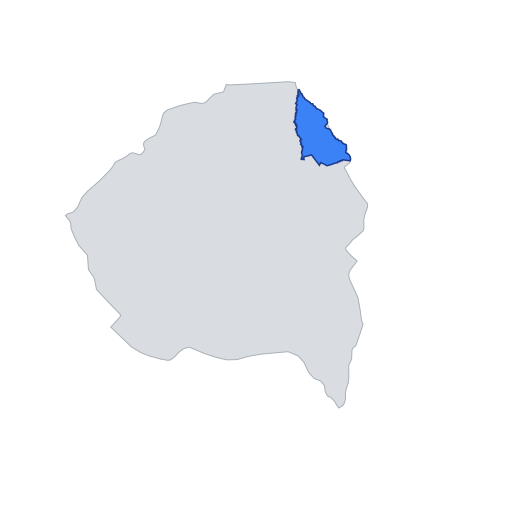 Beitbridge, Matabeleland South, Zimbabwe shown in context, rotated 224°
{"feature_id": "62879985B95307090216295", "entity_name": "Beitbridge", "entity_type": "district", "adm_level": 2, "iso_a3": "ZWE", "parent_name": "Zimbabwe", "parent_adm1": "Matabeleland South", "projection": "orthographic", "projection_center": [30.386, -21.812], "detail": "fine", "context": "in_parent", "style": "filled", "palette": "blue", "viewbox_px": 512, "rotation_deg": 224, "n_neighbors": 0, "source": "geoboundaries", "source_scale": "gbopen_adm2", "svg_char_len": 7640}
<svg xmlns="http://www.w3.org/2000/svg" viewBox="0 0 512 512"><g transform="rotate(224 256 256)"><path d="M348.3,408.1L344.5,405.5L339.4,403.8L332.8,403.0L324.3,403.3L313.8,404.7L302.5,403.0L290.5,398.2L280.5,396.5L268.6,398.7L268.1,398.7L266.0,397.1L262.7,393.6L257.3,393.0L255.8,392.2L254.6,390.9L253.8,389.2L253.4,387.4L254.3,381.6L253.8,380.9L252.3,380.3L249.3,379.6L242.1,377.0L233.1,374.6L218.4,372.0L212.7,371.3L211.3,370.5L209.6,368.4L206.7,361.8L204.0,357.4L197.6,350.8L196.5,348.7L196.7,343.3L197.1,338.9L197.8,335.2L197.4,331.8L197.2,327.5L197.4,324.6L196.5,323.4L194.2,322.6L187.6,322.3L179.7,322.6L179.3,318.3L178.5,311.5L176.9,307.7L175.0,305.7L171.3,303.7L163.9,300.9L153.7,296.8L144.9,290.5L134.9,282.7L131.7,281.4L127.9,273.9L122.0,261.1L122.3,256.8L121.4,254.7L115.8,248.5L114.5,245.2L113.5,241.9L104.6,232.8L101.5,228.8L99.1,223.7L96.8,219.6L94.9,218.0L92.3,215.2L90.5,212.0L89.7,209.6L90.2,206.4L91.0,204.1L99.3,206.1L103.8,206.2L107.3,205.0L111.7,206.4L117.0,210.4L122.7,211.0L128.8,208.3L137.1,208.8L147.6,212.8L156.3,213.4L166.5,209.4L175.6,198.9L184.1,189.0L192.4,177.6L197.5,168.5L204.9,161.0L214.8,155.1L225.0,150.2L240.5,144.2L243.6,139.3L244.6,134.0L244.5,126.6L245.3,121.9L246.9,119.7L249.5,118.0L252.8,115.7L263.1,110.1L271.7,106.5L282.2,104.1L293.7,104.0L304.8,104.0L311.1,103.9L311.2,111.0L311.7,119.0L312.9,119.7L321.3,119.9L334.6,120.5L347.5,121.1L355.7,126.9L358.5,128.2L367.0,129.8L377.8,139.5L390.9,140.5L399.9,143.7L407.8,147.1L412.4,151.1L415.3,152.0L419.3,152.4L421.2,152.8L420.8,155.6L418.0,160.4L418.3,167.4L421.8,177.0L422.2,185.4L420.9,200.1L420.7,214.4L421.0,219.5L421.6,222.9L422.3,224.7L422.2,226.8L419.9,232.8L418.1,239.1L418.0,241.6L417.3,243.4L416.0,244.9L410.3,247.7L409.3,249.5L409.3,252.8L410.0,255.5L412.1,256.6L414.6,258.2L415.6,260.2L415.5,262.4L414.7,266.4L412.3,273.0L414.5,280.7L416.9,285.6L420.3,291.4L421.7,295.0L421.6,297.5L421.0,300.0L415.7,310.4L411.8,316.8L407.2,323.7L401.1,328.0L399.5,330.1L398.8,332.4L399.0,337.7L398.6,343.1L393.4,351.5L396.5,358.7L395.7,359.4L394.0,360.4L386.5,368.5L378.9,376.6L373.4,382.6L367.2,389.3L360.2,396.9L354.2,403.5L348.3,408.1Z" fill="#d9dde1" stroke="#a8b0b8" stroke-width="1"/><path d="M334.0,395.0L333.5,394.6L333.6,393.8L333.5,393.2L333.3,393.1L332.9,393.2L332.1,393.6L331.7,393.7L331.1,391.8L330.5,391.4L330.4,390.6L329.4,389.8L328.1,389.8L328.1,389.7L327.9,389.2L328.0,388.8L328.4,388.7L327.9,388.3L327.3,388.3L326.9,387.9L326.6,387.8L326.4,387.6L326.2,387.2L326.1,386.8L326.2,386.7L326.5,386.5L326.7,386.4L326.8,386.4L326.7,386.2L326.3,386.0L326.4,385.8L326.4,385.7L326.2,385.6L325.9,385.5L325.4,385.0L325.0,385.0L325.0,384.9L325.1,384.2L324.5,384.2L324.4,384.1L324.3,383.6L324.5,383.4L324.3,383.1L324.0,383.0L323.5,382.6L323.3,382.3L323.2,382.3L323.1,382.2L322.7,382.3L322.6,382.2L322.6,381.9L322.7,381.7L322.8,381.6L322.7,381.5L322.4,381.4L322.4,381.2L322.5,380.7L322.4,380.4L322.4,380.1L322.1,379.9L321.9,380.0L321.7,379.9L321.4,379.7L321.2,379.6L321.1,379.4L321.2,379.2L321.5,378.9L321.7,378.7L321.8,378.6L321.7,378.5L321.3,378.6L321.0,379.0L320.5,379.2L320.0,378.4L319.6,378.3L319.5,378.7L319.4,378.7L319.2,378.8L319.2,378.7L319.1,378.4L318.9,377.9L318.7,377.9L318.4,378.0L318.2,377.7L317.9,377.8L317.9,378.1L317.7,378.4L317.5,378.5L317.3,378.5L317.2,378.4L317.3,378.1L317.3,377.9L316.9,377.6L316.9,377.3L316.9,377.2L316.5,377.2L316.4,377.0L316.2,376.8L315.9,376.9L315.6,376.8L315.5,376.7L315.4,376.5L315.4,376.4L315.6,375.9L315.4,375.7L315.5,375.4L315.8,375.2L315.8,374.7L315.7,374.5L315.6,374.4L315.1,374.4L314.9,374.6L314.7,374.7L314.5,374.3L314.2,374.1L313.9,374.1L313.4,374.2L313.2,373.9L313.2,373.4L313.1,373.2L312.4,373.2L311.9,373.0L311.6,372.9L311.4,372.7L311.2,372.3L311.1,372.2L310.8,372.3L310.5,372.3L310.4,372.2L310.1,371.9L309.7,371.6L309.4,371.6L309.0,372.1L308.8,372.3L308.7,372.3L308.4,371.9L307.3,371.9L306.9,371.6L306.1,371.7L305.6,371.4L305.3,371.4L305.0,371.5L304.9,371.5L304.3,371.6L304.2,371.4L304.2,371.1L304.6,370.7L304.7,370.0L304.6,369.6L304.4,369.4L304.2,369.3L303.8,369.7L303.7,369.7L303.4,369.2L302.6,368.6L302.3,368.6L302.0,368.8L301.7,368.8L301.6,368.5L301.5,368.0L301.6,367.5L301.5,367.3L301.2,367.4L300.8,367.6L300.6,367.6L300.4,367.5L300.1,367.2L299.8,367.2L298.5,367.4L298.5,367.1L299.0,366.8L299.1,366.6L298.4,366.3L298.2,366.3L297.9,366.4L297.6,366.4L297.4,366.1L297.4,365.5L296.8,365.0L296.4,364.8L296.2,364.6L296.1,364.1L296.2,363.9L296.0,363.6L295.9,363.4L295.6,363.3L295.5,363.2L295.5,362.9L295.3,362.3L295.1,362.1L294.8,362.0L294.5,361.5L292.6,360.7L292.3,360.5L292.0,359.4L291.8,358.7L291.2,358.3L291.1,358.0L291.1,357.3L290.6,357.0L288.4,358.8L289.9,359.6L290.2,361.0L288.2,364.0L286.3,367.3L273.4,365.3L274.4,368.1L272.2,368.9L271.6,369.2L270.6,369.5L267.7,370.2L265.2,374.4L264.0,376.9L263.3,378.1L263.1,378.6L262.6,379.1L262.4,379.6L262.5,379.6L262.5,380.0L262.3,380.0L262.3,380.3L262.1,380.4L262.2,380.7L262.2,381.1L262.0,381.4L261.8,381.6L261.8,381.8L261.4,381.8L261.3,382.0L261.4,382.3L261.7,382.6L261.8,382.8L261.6,382.9L261.4,382.8L261.0,383.3L261.1,383.6L260.7,383.9L260.5,384.1L260.4,384.3L260.2,384.4L260.3,384.7L260.4,385.1L260.6,385.3L254.4,389.9L254.9,390.8L255.8,391.8L256.7,392.5L257.3,392.8L258.0,393.0L258.6,393.2L259.4,393.4L260.6,393.4L261.4,393.3L262.2,393.0L263.2,392.7L263.3,392.8L263.6,392.9L263.8,393.1L264.3,393.8L264.7,395.2L265.3,395.9L265.8,396.2L266.9,397.2L267.6,398.2L268.0,398.5L268.4,398.6L268.7,398.6L269.2,398.4L269.5,398.2L270.1,397.8L270.6,397.6L272.3,397.3L273.1,397.4L273.8,397.6L274.4,397.9L274.8,397.8L275.2,397.6L275.6,397.4L276.2,396.8L276.6,396.5L276.6,396.4L277.0,396.2L277.6,396.4L278.0,396.8L278.3,396.9L278.6,396.6L278.8,396.1L279.0,396.0L280.2,395.5L280.5,395.5L280.8,396.0L281.0,396.1L281.9,396.0L282.2,396.1L282.7,396.3L283.7,396.1L284.1,396.2L285.1,396.1L285.5,396.4L285.6,396.5L286.7,397.3L287.7,397.5L288.6,397.6L288.9,397.7L289.2,398.1L289.8,398.4L291.7,398.3L294.1,396.7L295.5,397.0L295.9,397.0L296.7,397.2L296.9,401.3L297.2,401.5L297.7,402.1L298.8,402.7L299.2,403.1L299.5,403.6L299.8,403.8L300.1,403.8L300.7,403.4L301.2,403.3L301.8,403.3L302.3,403.2L302.9,403.2L303.9,403.1L304.3,403.1L304.5,403.3L304.6,403.6L305.2,404.1L305.7,405.0L306.1,405.4L306.2,405.6L306.7,405.8L306.9,405.8L307.6,405.4L307.9,405.4L308.6,405.6L309.5,405.5L310.4,405.6L310.9,405.5L311.1,405.4L312.1,405.1L312.8,404.9L313.6,404.6L314.6,404.1L314.8,404.0L315.3,404.1L315.6,404.3L316.7,404.4L317.5,404.7L317.8,404.7L318.1,404.3L318.4,404.2L319.1,404.2L319.7,404.2L320.0,404.3L320.5,404.8L320.9,404.9L321.2,404.7L321.7,404.1L322.2,403.8L322.6,403.7L323.7,404.0L324.1,404.0L324.5,403.9L325.0,403.8L325.1,403.7L325.5,403.6L325.9,403.6L326.2,403.5L326.9,403.5L327.4,403.4L329.3,402.9L329.7,402.9L330.2,403.1L330.7,403.2L331.4,403.5L331.6,403.5L332.1,403.1L333.5,403.4L333.8,403.5L334.0,404.0L334.6,403.9L335.1,404.0L335.2,404.4L335.6,404.6L335.9,404.5L336.0,404.3L336.1,404.1L336.3,404.0L336.6,404.2L337.8,404.8L338.4,405.0L339.2,405.1L339.9,405.5L340.4,405.5L340.4,405.4L341.0,405.1L340.5,404.3L340.4,404.1L340.2,403.9L339.9,403.5L339.8,403.3L339.8,403.1L339.6,402.9L339.3,403.1L339.1,403.2L338.8,402.8L338.6,402.8L338.4,402.8L338.4,402.7L338.5,402.5L338.4,402.1L338.5,402.0L338.5,401.9L338.3,401.9L338.0,401.9L337.7,401.9L337.5,401.2L337.3,401.2L337.0,401.3L336.8,401.2L336.9,400.9L337.0,400.5L337.0,400.4L337.4,400.6L337.6,400.5L337.7,400.4L337.8,400.3L337.7,400.0L337.6,399.9L337.2,399.7L336.9,400.0L336.6,400.0L336.9,399.4L336.8,399.2L336.4,399.2L336.6,398.8L336.7,398.6L336.5,397.9L336.2,397.9L335.8,397.7L335.7,397.2L335.1,397.2L334.8,397.1L334.4,396.9L334.1,396.0L334.2,395.5L334.0,395.0Z" fill="#3b82f6" stroke="#1e3a8a" stroke-width="1.5"/></g></svg>